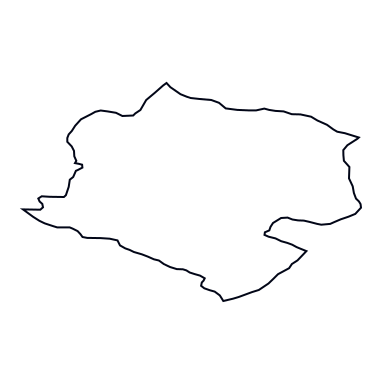 the district of Arvidsjaur, Norrbotten, Sweden
{"feature_id": "70781695B53013800846692", "entity_name": "Arvidsjaur", "entity_type": "district", "adm_level": 2, "iso_a3": "SWE", "parent_name": "Sweden", "parent_adm1": "Norrbotten", "projection": "robinson", "projection_center": [19.19, 65.668], "detail": "fine", "context": "isolated", "style": "outline", "palette": "ink", "viewbox_px": 384, "rotation_deg": 0, "n_neighbors": 0, "source": "geoboundaries", "source_scale": "gbopen_adm2", "svg_char_len": 2017}
<svg xmlns="http://www.w3.org/2000/svg" viewBox="0 0 384 384"><path d="M23.0,209.4L25.6,211.3L33.1,216.8L39.4,220.8L43.3,222.7L44.8,223.4L53.0,226.1L57.2,227.4L62.6,227.4L69.7,227.4L72.6,228.6L77.6,231.1L80.4,234.1L82.5,237.0L87.2,237.9L100.7,238.1L109.7,238.7L117.5,240.4L120.0,245.4L125.3,248.4L129.6,249.9L133.9,252.0L141.8,254.3L147.8,256.6L153.9,259.3L158.9,260.5L163.9,264.1L170.0,267.0L176.8,269.1L182.9,269.3L186.4,270.4L189.7,272.5L194.7,274.1L200.0,275.6L204.7,278.3L203.6,280.6L201.8,282.5L201.1,285.8L204.3,288.3L209.7,290.2L214.7,291.6L219.8,295.4L221.9,298.7L223.3,301.0L233.0,298.7L238.7,297.0L252.0,292.1L258.1,290.2L258.8,290.0L268.5,283.5L273.5,278.7L278.0,274.2L289.1,268.2L291.9,264.0L297.5,260.4L306.4,251.1L300.7,248.8L296.6,247.1L292.2,244.7L287.3,242.9L281.2,241.2L275.5,238.4L268.6,236.7L264.5,234.9L264.9,232.3L269.3,230.4L270.5,226.9L273.0,223.0L281.1,218.0L287.6,217.6L292.4,219.5L298.1,220.4L303.8,220.6L309.5,221.9L317.2,223.9L321.3,224.7L330.2,223.9L334.7,221.9L340.8,219.3L348.5,216.7L355.3,213.9L361.0,207.7L360.6,204.4L360.5,204.0L358.9,201.4L356.0,198.6L353.9,193.0L352.7,186.3L349.0,178.4L349.4,167.0L347.3,164.6L343.9,160.8L343.4,155.2L343.3,150.1L347.4,145.2L357.5,138.7L358.8,137.5L344.9,133.2L337.2,131.7L333.3,129.4L327.0,124.8L317.4,120.5L311.1,116.7L300.4,114.4L291.8,114.2L283.6,111.4L275.4,110.9L269.1,109.9L264.3,108.6L256.1,110.4L248.9,110.4L237.3,109.9L225.7,108.4L219.0,102.8L211.3,100.0L199.7,99.0L190.6,98.0L186.7,96.7L180.5,94.2L170.4,87.2L166.5,83.0L163.1,85.5L154.7,92.9L146.2,100.0L140.4,110.0L135.3,113.4L133.2,115.5L122.4,116.0L116.0,112.8L107.5,111.4L100.7,110.5L95.3,111.8L91.2,114.1L81.0,119.3L75.2,125.7L71.8,131.0L68.7,134.4L67.3,138.0L67.3,141.8L71.7,146.4L74.0,150.9L74.3,156.3L76.3,160.8L75.0,163.1L78.7,163.8L82.1,164.7L82.4,167.6L77.6,170.1L75.9,170.8L73.2,177.0L69.8,179.7L68.7,186.9L65.9,195.2L63.9,197.0L49.9,196.8L41.7,196.3L38.3,198.5L39.6,201.5L42.3,203.9L43.0,207.3L40.3,209.7L23.0,209.4Z" fill="none" stroke="#020617" stroke-width="2"/></svg>